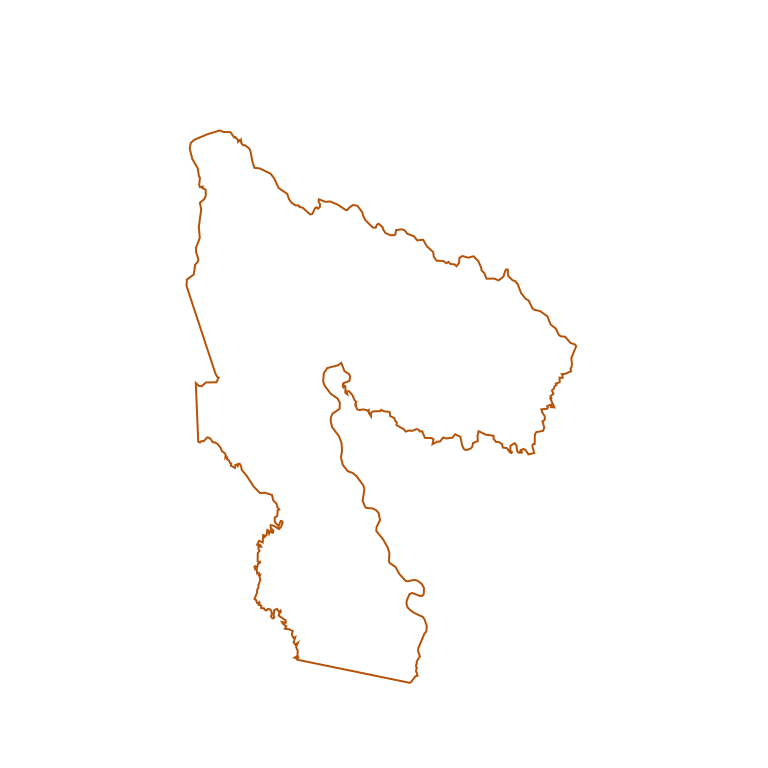 outline of Nechí, Antioquia, Colombia, rotated 342°
{"feature_id": "7082276B35655798439233", "entity_name": "Nechí", "entity_type": "district", "adm_level": 2, "iso_a3": "COL", "parent_name": "Colombia", "parent_adm1": "Antioquia", "projection": "equal_earth", "projection_center": [-74.812, 7.985], "detail": "fine", "context": "isolated", "style": "outline", "palette": "amber", "viewbox_px": 768, "rotation_deg": 342, "n_neighbors": 0, "source": "geoboundaries", "source_scale": "gbopen_adm2", "svg_char_len": 6159}
<svg xmlns="http://www.w3.org/2000/svg" viewBox="0 0 768 768"><g transform="rotate(342 384 384)"><path d="M525.0,320.9L521.4,317.8L514.0,315.5L513.7,309.8L511.9,306.0L512.4,303.3L511.6,296.2L508.7,290.2L503.2,289.9L498.3,286.6L496.8,286.7L494.7,287.4L492.8,292.0L489.4,294.4L488.1,292.1L484.2,290.3L483.1,287.8L480.6,288.4L478.5,285.4L472.0,282.9L470.7,278.5L471.5,273.7L467.3,266.2L465.8,258.9L460.0,257.7L458.2,252.8L452.6,248.3L451.1,244.2L448.6,242.3L442.9,241.4L441.2,245.2L439.6,245.6L436.1,244.5L432.1,240.9L430.8,236.3L431.2,234.6L428.5,230.0L426.7,230.2L424.4,232.8L421.7,231.7L417.0,222.6L416.1,217.0L416.5,214.3L413.8,206.3L409.9,204.2L406.1,205.2L402.9,207.2L401.5,206.9L395.6,199.3L389.3,193.8L384.5,192.6L379.1,188.2L378.2,190.1L378.7,193.6L377.6,195.9L375.5,196.9L374.4,195.1L372.6,195.6L368.5,200.1L366.2,199.9L361.1,191.2L358.3,189.4L357.9,187.7L355.0,186.8L352.3,183.4L350.8,179.1L350.7,173.3L344.3,164.9L343.1,154.4L341.2,149.1L332.6,140.7L327.5,138.3L327.6,131.4L329.0,121.0L328.5,118.1L325.5,113.9L323.9,113.5L322.9,111.3L323.3,107.9L322.4,109.0L321.8,107.5L320.1,108.5L320.4,106.5L318.7,103.0L317.7,103.2L315.8,97.0L309.4,94.8L306.0,92.1L293.3,91.9L279.1,93.1L274.8,95.0L272.0,99.9L271.2,110.7L273.5,121.3L272.2,129.2L272.7,130.9L269.7,137.6L269.7,139.8L272.6,140.3L271.7,141.4L274.4,144.0L272.8,149.6L270.5,152.5L264.9,154.8L264.1,161.5L256.5,177.2L253.9,188.2L247.2,196.5L246.1,200.5L246.0,208.2L244.1,210.6L241.2,212.2L236.9,221.1L228.8,223.8L226.5,229.6L226.9,322.2L227.7,325.9L228.7,326.8L225.1,330.6L215.0,327.5L209.9,329.8L207.4,328.6L205.3,324.9L189.5,381.5L191.0,382.8L192.6,381.9L195.0,382.7L199.0,380.2L200.1,380.5L201.9,382.1L203.3,386.7L205.1,387.2L207.2,389.6L208.8,393.9L209.2,397.9L211.2,400.6L211.5,402.4L210.4,405.0L211.7,404.3L212.2,406.0L211.5,407.1L212.8,408.6L213.3,411.8L214.1,412.4L213.1,414.3L216.3,417.7L217.6,415.1L219.2,415.1L219.6,416.7L221.0,414.9L222.1,415.3L222.7,418.6L222.1,421.6L224.8,428.1L228.4,441.4L232.4,449.5L236.7,450.4L243.2,454.9L242.7,460.5L244.8,464.7L244.5,468.4L245.6,470.9L243.8,471.2L241.7,476.5L238.7,477.3L237.8,480.5L237.7,482.0L239.8,486.6L243.5,482.3L244.6,482.9L244.9,484.1L242.2,487.9L239.3,489.5L235.3,484.7L232.6,483.2L231.7,485.8L233.5,489.5L232.5,491.1L231.7,490.9L231.0,488.4L228.5,490.9L228.8,487.5L227.9,486.7L225.7,491.3L223.1,492.6L222.9,490.5L222.3,490.4L219.7,497.2L216.7,494.5L213.7,497.7L216.3,498.5L217.0,500.7L214.3,500.0L213.6,501.9L214.0,504.3L211.8,505.6L209.0,513.6L209.6,514.7L211.0,514.6L210.9,515.7L208.7,516.1L206.5,519.3L205.2,517.4L204.3,517.9L204.3,520.5L205.9,520.2L204.8,525.0L206.6,525.1L205.9,526.9L207.3,527.2L206.0,528.8L205.9,531.9L202.3,536.7L201.6,539.0L200.0,540.2L198.7,543.3L194.4,548.4L195.7,550.2L195.5,552.8L196.5,553.6L198.0,553.0L197.9,554.2L196.6,555.3L198.8,556.9L197.9,559.2L200.5,560.2L200.8,561.9L202.3,563.0L204.0,562.1L205.7,562.8L206.7,564.6L206.4,567.8L204.7,570.1L205.4,572.3L206.7,572.7L207.7,571.8L207.5,570.1L209.7,565.1L212.8,564.8L213.8,568.5L215.6,567.6L215.4,569.0L213.6,569.7L212.3,571.7L217.5,578.6L216.6,580.7L213.4,578.8L213.9,581.1L216.2,584.1L214.1,586.1L217.5,587.6L220.9,590.8L219.1,593.2L218.9,595.0L219.5,597.5L221.4,597.3L218.2,601.7L219.1,604.5L222.1,603.5L219.1,606.9L219.5,611.1L217.9,615.2L218.0,617.7L217.5,617.9L216.8,616.1L214.4,616.6L215.7,617.5L216.3,619.4L316.0,676.1L317.2,676.1L323.6,671.7L325.8,671.7L325.8,666.7L327.6,663.9L327.1,662.9L327.9,660.8L328.7,660.4L329.3,658.0L334.0,654.2L333.8,648.9L334.8,646.1L345.1,634.1L347.8,632.4L349.9,627.4L349.8,620.4L348.9,617.5L341.8,610.9L338.9,606.9L337.4,603.7L337.5,599.7L338.8,596.9L343.2,591.8L346.2,591.4L353.0,596.9L355.1,597.3L357.0,595.9L359.0,590.3L358.0,585.6L355.2,581.5L352.1,579.6L345.7,579.0L343.6,577.7L339.9,569.4L338.4,561.5L334.0,555.9L334.0,553.9L336.8,546.8L337.0,540.7L335.0,530.9L331.2,521.6L332.7,517.8L338.2,512.1L339.0,505.0L337.4,501.4L334.7,498.8L329.0,496.5L328.0,494.7L327.6,488.3L332.8,478.2L333.0,474.1L329.3,462.8L326.7,458.9L322.6,455.8L319.8,448.1L320.4,440.5L323.7,433.9L325.4,426.6L325.0,419.7L321.4,409.2L321.8,402.9L323.0,399.5L326.1,396.2L334.1,393.9L336.2,388.2L335.4,383.6L330.3,376.8L326.9,366.9L327.0,362.6L330.0,355.3L334.9,351.3L346.3,352.0L349.9,350.7L350.4,359.6L353.9,363.9L354.1,366.9L352.0,370.4L345.4,370.7L344.1,373.4L344.4,374.6L345.8,373.3L346.6,374.2L344.5,380.5L345.9,382.4L346.2,379.4L348.6,380.2L350.6,385.0L350.9,389.6L352.1,392.7L350.8,393.5L350.8,395.5L350.2,395.4L350.7,399.8L352.4,401.2L356.3,401.7L359.7,403.7L360.2,404.8L361.4,404.2L360.7,407.3L361.6,410.7L362.9,407.3L365.4,406.7L372.2,408.7L373.3,407.7L375.5,409.9L380.3,412.1L380.7,413.5L379.9,416.3L383.2,419.5L383.3,422.5L384.3,424.2L383.2,427.0L388.6,432.8L390.0,436.0L393.0,435.9L396.5,437.3L401.2,436.9L402.8,438.3L403.5,440.3L405.6,440.6L406.3,447.9L412.3,450.0L414.0,451.8L411.6,456.2L416.9,455.3L419.5,456.0L423.6,453.2L426.7,455.1L432.5,456.2L436.1,453.8L440.3,457.8L439.4,466.0L439.8,470.4L441.1,471.9L443.7,472.3L446.6,472.1L448.7,470.8L450.4,467.7L455.6,467.2L456.9,462.3L459.4,458.1L465.3,463.8L472.2,467.0L471.3,469.8L472.6,473.7L475.1,474.5L477.7,477.8L477.3,481.1L481.2,483.1L482.5,487.6L483.8,489.0L484.7,488.3L483.5,486.3L485.2,481.8L490.0,480.7L491.0,483.5L489.9,488.7L490.4,490.6L491.7,491.2L492.8,489.9L493.7,492.7L494.3,489.0L496.8,489.0L498.4,490.9L499.6,495.6L505.5,496.1L505.9,488.8L506.9,487.4L508.7,487.7L511.8,478.8L514.0,476.8L520.6,477.7L522.9,475.2L523.2,468.4L524.6,468.4L526.2,466.9L526.9,464.2L525.7,459.8L525.9,456.7L531.2,458.0L532.4,457.3L532.3,455.5L536.4,455.2L536.9,455.9L535.7,457.6L538.8,458.9L537.7,449.2L538.7,449.3L538.5,447.1L542.1,445.6L541.7,442.0L543.9,441.1L545.3,439.0L547.8,438.2L547.6,436.7L551.7,436.6L552.9,432.2L555.7,433.4L556.5,431.1L556.1,429.6L559.6,430.3L565.9,429.7L566.2,426.8L567.4,426.2L568.8,423.4L570.2,417.2L578.5,407.4L577.9,405.5L574.1,402.6L570.9,395.1L566.8,393.2L565.5,391.4L564.5,384.3L560.8,379.0L560.4,370.2L555.0,362.9L549.8,359.8L548.5,357.9L547.4,349.4L545.0,346.7L542.5,340.0L542.0,330.3L540.7,327.0L538.3,325.0L535.8,320.3L535.5,318.7L537.1,313.4L535.6,312.8L534.5,313.6L530.6,318.9L525.0,320.9Z" fill="none" stroke="#b45309" stroke-width="2"/></g></svg>